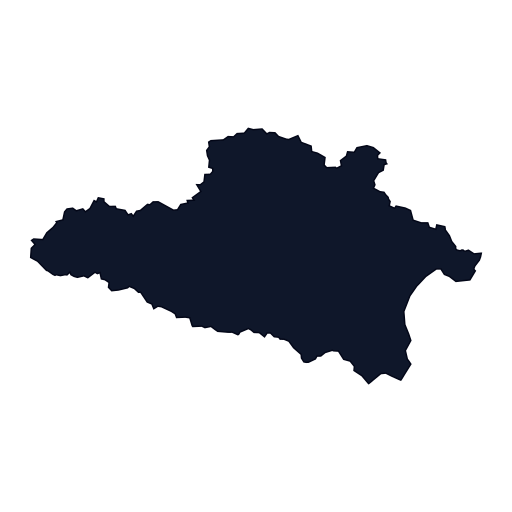 Yabucoa, Puerto Rico (orthographic projection)
{"feature_id": "32010507B64369847691903", "entity_name": "Yabucoa", "entity_type": "district", "adm_level": 2, "iso_a3": "PRI", "parent_name": "Puerto Rico", "parent_adm1": "", "projection": "orthographic", "projection_center": [-65.894, 18.069], "detail": "fine", "context": "isolated", "style": "filled", "palette": "ink", "viewbox_px": 512, "rotation_deg": 0, "n_neighbors": 0, "source": "geoboundaries", "source_scale": "gbopen_adm2", "svg_char_len": 3346}
<svg xmlns="http://www.w3.org/2000/svg" viewBox="0 0 512 512"><path d="M208.7,142.1L209.4,146.8L206.7,150.4L207.5,155.7L209.5,160.1L208.8,167.2L212.7,168.4L212.8,171.4L210.3,174.3L204.9,174.5L204.0,181.9L200.3,184.8L196.8,184.7L200.9,191.5L192.4,197.7L194.1,200.2L187.2,200.5L188.0,203.0L180.8,204.5L177.5,209.8L173.5,210.2L158.2,201.8L153.1,201.9L149.9,204.8L147.5,204.4L140.3,210.5L136.6,211.2L133.2,216.3L131.3,213.7L128.0,214.9L125.0,210.4L116.2,208.8L115.3,206.4L109.4,206.5L103.9,201.7L103.9,198.9L98.3,197.8L96.5,201.9L94.1,200.6L90.0,208.5L85.4,211.8L82.8,208.9L76.3,210.8L72.7,208.2L67.0,209.0L64.6,211.9L62.9,219.9L56.2,221.6L56.9,222.6L53.1,227.4L46.9,232.7L42.8,239.6L33.7,239.0L31.6,240.4L35.1,244.5L31.3,248.3L30.7,257.5L37.6,261.2L46.5,270.4L48.0,270.8L53.0,274.4L55.0,275.3L56.2,274.7L60.4,275.6L64.9,274.7L67.0,274.9L69.9,272.1L71.0,274.7L74.1,276.4L77.4,277.3L83.9,275.8L87.8,277.7L95.0,272.2L97.4,273.6L100.0,272.6L101.4,278.9L105.0,279.7L109.1,282.5L108.5,287.3L111.7,290.7L118.4,290.0L127.6,287.8L129.1,286.3L134.4,288.5L138.5,292.3L140.6,292.1L147.2,302.0L151.9,304.0L153.8,308.7L157.8,306.2L161.4,306.7L171.1,311.2L175.2,313.8L176.6,317.5L185.4,317.1L189.8,317.8L192.2,325.7L192.8,326.5L201.8,326.1L204.9,327.6L211.0,326.4L215.1,329.5L217.7,331.3L227.2,332.1L229.6,332.2L232.1,332.1L237.9,334.7L238.7,334.2L239.9,332.1L248.4,328.5L250.9,329.8L254.0,332.4L259.3,332.6L264.5,336.8L267.1,333.0L270.5,333.0L274.2,336.7L278.7,337.2L280.1,339.1L284.0,339.2L288.9,341.2L293.6,347.7L301.2,354.4L301.5,358.1L303.9,361.9L306.2,362.3L308.5,362.2L315.4,358.9L316.9,356.1L320.8,356.0L325.1,352.5L332.2,350.3L333.6,350.8L338.5,351.1L343.7,359.3L350.2,361.1L354.4,366.4L354.0,370.5L361.9,375.7L368.6,383.6L368.8,383.5L371.8,381.1L372.3,380.6L380.8,373.6L385.8,373.1L391.8,376.1L399.3,379.5L400.8,380.1L401.9,378.5L404.8,373.7L405.5,372.6L405.8,372.1L410.8,364.1L410.2,363.2L409.0,361.4L407.3,359.1L405.7,352.1L405.3,350.6L410.8,340.5L408.8,334.5L408.8,334.4L405.8,327.0L404.8,324.5L404.8,324.3L404.4,319.0L403.8,311.5L405.5,307.1L409.7,296.3L409.8,295.9L413.2,291.1L416.8,285.9L418.6,284.1L425.8,276.4L426.4,276.0L436.4,268.9L440.3,268.9L440.9,268.9L444.4,274.4L449.4,276.4L455.9,281.4L469.9,279.9L474.4,272.4L475.3,270.9L474.1,269.7L473.9,268.4L474.9,265.9L479.3,260.2L480.5,257.0L481.3,253.2L481.2,253.2L474.0,253.9L468.4,250.2L465.1,251.3L463.6,250.7L463.0,250.0L461.5,250.1L461.0,250.6L459.6,250.7L457.9,250.3L456.5,249.8L456.1,249.3L455.6,248.3L455.7,246.5L451.7,241.5L449.4,235.7L445.2,229.8L445.2,228.7L444.8,226.7L436.8,224.9L435.8,229.3L429.3,227.3L427.8,222.9L421.3,222.9L413.1,220.2L410.5,210.5L405.3,208.1L396.1,206.1L394.6,208.3L389.2,205.8L390.1,201.5L388.5,199.1L388.1,197.3L385.6,194.7L384.0,192.3L379.9,191.7L373.4,188.2L374.9,184.8L373.6,180.7L378.5,172.6L383.2,170.2L384.1,164.6L386.8,163.8L386.0,162.7L385.6,159.9L377.7,158.8L377.5,155.3L379.9,152.9L373.3,147.6L366.9,145.7L357.0,147.7L354.3,152.3L347.6,151.8L346.4,156.1L340.5,160.6L341.5,165.8L336.6,168.3L335.4,167.3L326.7,167.7L324.1,165.0L325.0,157.5L317.5,153.2L311.7,151.6L311.1,146.1L301.2,142.4L297.9,135.7L288.8,139.5L286.3,139.2L278.5,136.5L275.0,132.8L269.6,132.5L266.8,133.9L262.1,129.0L253.3,129.7L248.3,128.4L244.3,133.2L237.1,133.6L233.6,136.9L228.1,136.6L223.4,139.9L210.9,140.7L208.7,142.1Z" fill="#0f172a" stroke="#020617" stroke-width="1.5"/></svg>